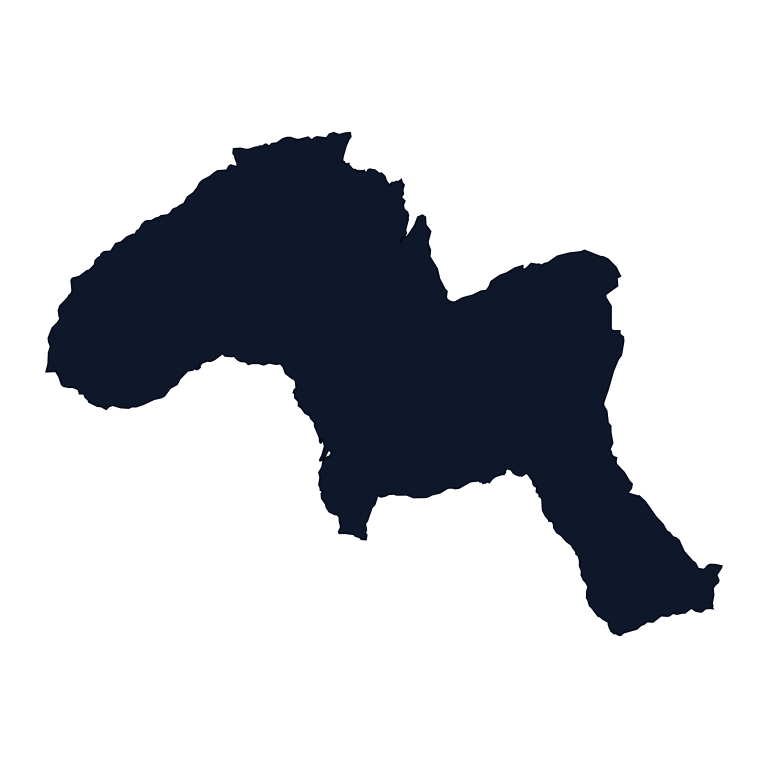 the district of Pamplona, Norte de Santander, Colombia
{"feature_id": "7082276B8319460942471", "entity_name": "Pamplona", "entity_type": "district", "adm_level": 2, "iso_a3": "COL", "parent_name": "Colombia", "parent_adm1": "Norte de Santander", "projection": "mercator", "projection_center": [-72.675, 7.367], "detail": "fine", "context": "isolated", "style": "filled", "palette": "ink", "viewbox_px": 768, "rotation_deg": 0, "n_neighbors": 0, "source": "geoboundaries", "source_scale": "gbopen_adm2", "svg_char_len": 6093}
<svg xmlns="http://www.w3.org/2000/svg" viewBox="0 0 768 768"><path d="M613.8,633.5L616.0,633.6L618.3,635.0L620.6,635.4L623.6,632.8L636.9,629.0L640.9,625.4L644.1,624.2L647.1,621.6L652.8,622.1L661.2,615.7L667.4,616.2L669.5,615.8L672.9,613.2L676.9,614.2L682.3,613.0L684.9,613.0L690.8,608.4L692.2,608.6L695.7,611.1L700.7,612.0L702.0,611.8L705.5,608.7L709.9,608.3L712.9,608.7L712.3,607.7L712.8,606.2L712.2,603.3L713.7,594.7L713.0,588.5L714.9,585.3L718.1,582.6L718.9,580.6L716.7,575.0L721.0,568.5L721.9,566.0L715.6,564.6L710.0,564.4L707.5,565.7L704.3,569.5L698.9,568.7L697.7,567.8L695.4,563.0L692.6,561.1L684.1,551.5L679.1,540.4L676.2,537.9L673.0,536.9L669.4,532.5L666.7,531.0L663.0,524.3L656.2,517.1L645.3,501.6L639.2,495.9L638.2,496.1L627.8,493.1L631.4,488.2L632.2,484.0L629.5,481.3L624.2,472.4L616.5,464.3L615.9,461.4L616.6,457.7L613.6,456.7L611.6,454.5L611.4,452.1L609.9,449.4L612.7,443.0L610.8,432.3L610.8,426.0L608.1,422.9L606.8,411.0L603.4,405.0L603.8,402.0L608.0,389.9L613.4,371.0L618.0,359.8L621.4,355.0L623.7,341.2L623.4,337.0L620.5,334.7L619.8,333.4L619.9,330.8L613.7,330.8L612.2,330.3L611.1,328.8L611.1,306.1L606.0,297.8L605.4,294.7L617.6,285.9L617.0,277.9L620.5,276.2L616.0,267.2L608.1,259.2L603.2,256.8L600.5,256.6L584.5,250.3L581.1,251.8L569.4,253.1L557.3,256.2L547.9,262.8L544.7,263.4L541.3,265.3L539.2,264.1L536.7,264.4L531.2,263.4L525.8,268.8L523.5,269.3L522.7,267.9L522.8,265.6L515.0,268.0L506.6,273.0L499.8,275.4L491.0,281.5L489.5,285.8L486.9,289.9L485.7,290.6L481.0,291.1L472.8,295.2L462.3,298.0L454.9,302.1L452.1,302.0L449.6,301.1L446.7,298.9L446.3,296.5L447.0,291.3L444.7,288.8L439.5,278.7L437.3,268.9L429.8,256.7L430.4,249.9L428.2,244.1L428.0,241.6L430.7,231.4L425.8,224.8L425.4,217.1L422.4,215.1L417.8,217.1L414.6,225.5L408.4,234.9L406.8,236.5L402.6,238.7L400.5,243.2L401.3,238.8L404.8,235.9L406.4,233.2L405.5,230.1L408.3,219.1L407.9,217.3L408.6,215.7L407.5,212.2L404.3,209.5L403.7,207.7L403.3,204.9L404.9,200.9L401.7,197.9L402.0,195.5L403.3,194.3L402.8,189.5L404.2,185.0L402.2,182.6L401.3,179.5L398.1,181.9L396.5,181.3L394.3,182.5L392.2,182.4L389.2,184.9L386.2,180.6L385.0,176.5L381.6,173.2L378.9,173.3L375.1,170.1L369.5,169.1L367.9,170.1L367.0,172.0L365.8,172.3L364.6,172.1L364.2,170.3L362.9,171.0L361.0,170.6L359.6,171.4L358.7,170.4L357.2,171.0L355.5,169.6L352.8,169.3L349.0,164.9L348.8,163.4L347.2,164.0L344.9,163.4L344.4,161.9L342.5,160.7L343.0,156.8L346.0,146.1L349.0,139.2L350.9,136.8L350.2,132.7L344.9,133.1L339.1,134.7L333.7,132.6L329.4,134.1L326.4,138.0L317.0,136.8L313.9,138.0L312.4,139.8L310.5,139.3L308.2,137.1L299.1,139.5L296.3,139.4L290.5,137.5L287.1,137.5L283.0,138.7L276.8,143.0L271.7,143.6L269.0,146.4L266.6,144.3L265.3,144.2L262.0,146.3L260.0,145.9L258.1,147.1L256.5,146.9L248.7,149.4L246.0,149.5L240.5,148.3L233.5,148.8L233.0,153.4L234.8,155.9L235.1,158.2L237.2,163.5L237.1,165.8L236.1,166.6L230.6,165.0L228.8,166.3L226.8,170.2L217.7,170.8L214.2,172.9L209.9,176.5L202.3,180.4L199.4,183.4L197.5,187.5L193.2,192.9L187.5,196.9L183.9,203.6L179.8,205.5L177.0,207.7L173.6,208.8L171.9,210.4L170.7,212.6L167.7,214.9L160.9,215.8L159.2,217.2L155.3,218.4L151.4,220.7L147.5,220.7L145.1,221.4L142.1,224.3L139.6,229.0L136.5,231.2L135.3,234.2L132.7,234.4L127.0,236.9L121.0,242.1L115.8,243.5L110.7,251.2L104.1,251.7L101.1,254.0L100.5,256.5L98.1,257.6L95.2,260.5L94.6,264.6L89.3,270.2L86.9,270.7L79.3,276.5L72.5,278.2L71.9,278.9L71.1,280.3L72.1,290.5L71.4,293.1L69.0,295.4L67.6,297.9L59.9,305.9L58.4,310.2L59.1,316.0L60.1,318.5L57.8,322.3L52.2,328.0L48.3,338.0L48.6,341.4L50.5,346.4L48.6,352.4L48.1,363.9L46.1,371.8L55.7,371.4L58.7,376.3L61.6,384.5L63.4,386.3L69.2,387.4L72.2,387.2L76.0,388.4L78.7,390.2L79.4,393.8L83.7,393.7L85.3,397.5L88.1,399.9L88.8,402.0L97.2,406.2L101.2,406.6L106.2,409.4L108.5,406.9L112.7,405.2L120.5,407.6L128.7,408.2L131.9,406.7L136.1,406.8L143.1,404.4L154.1,399.3L161.8,397.5L164.6,395.8L170.3,388.1L177.1,384.4L179.9,378.9L187.7,370.9L192.7,370.1L194.9,368.2L195.9,369.5L198.0,369.3L200.2,367.4L199.9,365.7L202.0,363.0L207.2,361.0L210.6,361.3L214.5,359.6L223.1,353.1L223.5,354.6L225.0,356.0L231.7,356.6L234.0,356.1L237.9,360.0L240.7,361.4L245.8,361.9L248.3,364.5L251.8,363.4L258.7,363.4L263.6,364.9L268.9,362.9L276.2,364.3L280.3,363.7L283.2,366.9L285.4,373.3L291.9,378.4L294.1,379.2L295.5,381.4L296.2,388.3L294.3,389.7L293.3,392.8L294.8,393.5L294.8,397.8L297.9,400.8L298.7,403.0L298.3,405.7L301.5,408.1L305.1,413.3L309.8,415.7L310.6,418.4L314.7,422.7L314.5,425.9L319.4,437.6L319.7,441.9L320.5,443.0L321.5,442.5L322.1,438.7L322.8,439.2L324.6,446.2L322.0,455.4L319.7,459.9L320.1,460.9L321.9,460.3L325.2,456.3L328.1,450.7L329.8,450.5L331.1,452.1L331.1,453.6L329.7,456.0L325.8,457.7L323.3,459.8L322.0,467.2L318.9,472.5L320.1,477.4L318.9,484.9L320.3,487.9L320.3,490.2L322.6,491.1L321.3,493.6L321.6,498.3L325.5,503.9L326.4,507.6L329.3,511.9L334.5,514.4L337.4,514.9L339.2,517.1L339.6,522.5L340.6,525.9L340.4,528.0L338.6,531.7L339.2,533.4L345.2,533.3L353.7,534.4L355.4,536.2L359.8,537.5L361.2,539.3L366.1,539.7L366.8,534.8L365.3,533.2L366.4,530.0L365.3,523.6L367.3,521.0L372.1,507.2L374.7,504.8L377.7,495.6L381.1,497.0L385.4,496.0L388.6,494.4L393.9,494.0L396.5,495.0L406.7,494.9L413.4,497.6L425.4,497.4L428.8,496.5L431.7,494.9L439.9,492.9L447.8,488.1L451.9,487.9L455.3,488.7L459.1,488.1L470.4,481.7L479.1,480.7L479.9,481.9L482.2,481.9L482.8,483.4L485.8,482.8L487.6,481.7L489.3,482.7L492.5,478.6L495.7,476.4L502.1,474.4L504.1,474.5L505.4,472.4L505.4,470.9L506.5,468.9L507.2,468.7L511.2,469.8L512.9,472.5L515.2,474.4L519.2,475.8L522.4,475.9L525.4,473.7L527.2,473.3L532.5,480.7L533.2,484.5L534.8,486.3L536.9,487.2L536.3,491.8L539.7,494.6L538.9,495.9L541.9,498.7L542.6,510.3L545.4,515.9L548.7,519.8L548.8,521.0L552.3,521.7L553.5,523.9L553.8,527.8L556.8,532.7L560.9,535.2L566.6,541.6L571.7,545.3L572.3,547.1L575.9,551.9L575.9,553.9L578.4,556.0L579.6,560.5L579.6,566.3L581.6,571.3L581.2,575.0L583.5,580.0L585.8,582.4L588.1,586.7L586.8,591.4L586.6,598.0L587.8,599.7L589.6,605.9L591.5,607.5L598.1,616.2L600.2,616.8L603.0,619.3L608.3,622.1L608.3,624.2L609.8,628.8L610.8,629.6L610.8,630.9L613.8,633.5Z" fill="#0f172a" stroke="#020617" stroke-width="1.5"/></svg>